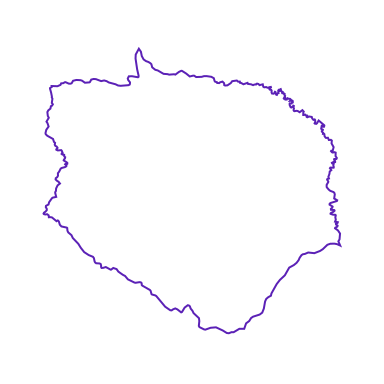 outline of San Pablo De Borbur, Boyacá, Colombia, rotated 97°
{"feature_id": "7082276B11762089183397", "entity_name": "San Pablo De Borbur", "entity_type": "district", "adm_level": 2, "iso_a3": "COL", "parent_name": "Colombia", "parent_adm1": "Boyacá", "projection": "mercator", "projection_center": [-74.122, 5.678], "detail": "fine", "context": "isolated", "style": "outline", "palette": "violet", "viewbox_px": 384, "rotation_deg": 97, "n_neighbors": 0, "source": "geoboundaries", "source_scale": "gbopen_adm2", "svg_char_len": 5847}
<svg xmlns="http://www.w3.org/2000/svg" viewBox="0 0 384 384"><g transform="rotate(97 192 192)"><path d="M286.5,245.0L288.9,238.1L289.0,237.0L287.9,233.2L287.9,231.8L288.6,230.9L290.5,230.5L291.0,229.9L294.4,221.8L295.2,221.0L298.2,219.8L298.6,219.3L299.1,215.9L299.6,214.8L309.1,204.7L312.0,199.2L312.0,197.8L310.7,196.4L309.6,194.4L310.3,192.2L312.8,188.1L312.3,187.3L307.6,185.2L304.9,182.4L305.0,181.3L305.7,180.2L307.9,179.1L309.8,177.1L312.0,175.7L316.4,169.7L319.3,169.0L324.1,168.9L324.8,168.4L325.2,168.1L326.9,163.3L327.0,162.0L324.5,157.0L323.4,151.7L325.7,144.6L327.7,140.3L327.7,138.2L326.3,135.7L326.1,133.6L322.0,128.3L321.4,123.5L315.8,122.3L313.1,119.5L309.9,118.0L308.3,116.2L305.4,109.9L303.2,107.6L299.0,106.5L291.7,106.1L289.1,105.3L287.1,103.5L285.3,101.0L283.0,100.8L273.0,96.7L268.5,94.0L263.4,89.7L255.2,86.3L252.1,82.0L249.6,79.6L246.7,77.9L244.1,77.1L241.3,75.6L240.3,74.4L239.7,72.4L237.9,69.3L237.8,63.1L234.9,57.7L232.8,55.2L227.9,51.2L226.5,48.4L225.9,44.3L226.1,41.6L227.1,38.4L223.1,40.7L221.0,39.8L215.2,40.0L212.3,42.5L210.6,45.6L210.0,45.5L208.7,43.6L208.1,43.4L207.6,43.4L206.7,45.1L205.9,45.3L205.0,43.8L204.2,43.6L204.0,46.4L202.0,45.9L199.4,46.7L198.0,46.4L197.2,46.8L197.3,49.6L196.8,51.8L196.4,51.9L195.8,51.4L194.6,49.5L193.4,48.3L192.9,48.3L192.6,48.6L192.7,51.9L191.8,52.1L190.3,50.8L189.3,50.7L187.8,53.9L187.1,54.0L186.1,53.3L183.3,47.1L182.5,46.9L181.1,50.1L176.9,50.0L175.4,50.7L174.8,51.6L174.0,54.9L173.0,56.5L170.9,58.8L169.8,59.1L168.3,59.2L165.7,58.0L165.0,58.0L163.3,59.4L162.7,59.3L161.9,57.7L160.4,58.5L157.3,57.8L154.9,57.8L153.3,56.4L151.6,58.0L150.9,57.6L150.7,54.9L150.6,54.4L150.0,54.3L148.3,55.0L147.0,54.8L146.5,56.4L146.0,56.7L144.7,54.9L145.1,54.0L144.9,53.6L143.9,53.7L142.6,54.9L141.9,54.8L141.6,52.7L140.6,52.4L138.9,53.9L135.4,54.2L135.1,55.5L135.7,57.1L135.5,57.9L134.5,59.0L134.1,58.8L133.9,57.4L130.2,56.9L126.8,59.4L123.9,59.5L123.3,60.5L123.7,62.5L121.6,63.7L122.0,65.6L121.6,66.2L120.5,67.2L118.4,67.7L118.1,68.1L118.3,69.1L117.2,69.1L116.3,70.4L115.8,70.6L114.6,69.7L114.2,69.7L113.7,71.3L113.4,71.5L110.4,71.3L110.3,71.0L111.2,69.9L111.2,69.0L110.1,68.7L109.6,68.9L105.6,75.0L108.5,76.3L109.2,76.9L109.2,78.3L108.9,78.7L107.4,78.2L105.5,78.6L105.0,79.1L105.6,80.3L104.3,81.7L102.9,82.3L102.8,84.9L103.8,86.7L103.6,87.1L102.5,86.7L102.1,87.0L102.3,88.1L101.4,88.9L101.4,89.3L102.0,90.3L102.0,91.0L99.4,91.2L98.6,90.9L97.3,92.4L99.7,94.9L98.7,97.0L98.7,98.3L99.3,100.1L99.1,100.7L98.3,101.2L96.6,101.0L95.7,101.6L94.2,101.4L94.0,101.9L96.0,103.5L95.9,104.4L93.9,105.6L92.6,105.9L92.1,105.8L92.0,103.9L91.1,103.7L90.8,102.9L89.4,103.1L89.1,103.5L89.6,105.9L88.9,105.5L88.6,104.7L87.6,106.0L87.7,107.3L87.3,108.7L88.7,109.2L88.9,110.5L87.5,110.9L88.3,111.9L88.0,112.3L85.2,111.3L84.1,112.3L83.4,112.0L82.8,113.0L83.0,114.4L82.7,114.7L81.7,114.2L81.1,115.6L79.0,116.5L79.2,116.9L81.0,117.2L81.1,117.5L80.2,118.4L80.7,118.8L83.3,118.2L83.6,119.1L85.3,119.6L85.2,120.2L84.4,120.8L82.5,121.4L82.4,121.9L84.0,122.4L84.5,123.0L84.5,124.6L83.4,125.2L81.6,125.3L81.0,125.8L80.9,127.3L80.3,127.8L79.5,127.7L78.6,126.4L78.1,126.6L78.6,128.2L79.2,128.8L79.3,129.9L78.8,131.1L79.3,133.1L78.8,134.1L76.5,134.9L77.7,138.0L76.7,139.2L76.5,140.7L76.9,141.3L77.4,141.4L77.8,143.3L78.5,144.4L77.9,146.5L77.9,149.6L76.9,150.2L78.8,154.1L77.8,156.5L77.8,157.6L76.6,158.0L76.9,159.6L75.9,161.1L77.1,165.6L79.2,166.8L81.8,169.8L82.3,172.1L82.0,173.0L80.1,173.4L78.7,175.2L79.7,177.5L80.6,178.3L80.7,180.3L80.0,180.6L79.7,182.5L78.9,183.2L76.4,184.2L75.3,186.9L75.2,191.7L75.5,194.1L76.5,196.4L77.4,201.9L76.3,204.0L76.4,205.1L77.6,208.3L75.1,212.3L73.0,216.7L73.0,217.4L74.4,219.6L77.5,222.8L77.3,224.1L78.3,229.0L78.0,230.6L78.2,234.6L75.5,240.9L75.2,243.3L73.1,246.7L70.1,247.9L69.3,248.9L68.3,251.0L67.7,253.6L66.3,256.2L63.2,258.4L59.0,259.8L56.3,262.2L62.4,264.6L66.4,264.3L76.9,261.4L83.0,259.2L84.2,259.1L84.7,259.6L84.4,265.7L84.9,268.8L87.2,269.6L88.6,269.0L90.7,266.9L91.7,266.8L92.9,266.9L93.7,268.0L95.3,275.8L95.3,278.4L94.4,281.0L93.4,288.0L92.4,290.2L92.0,292.8L93.0,295.7L91.7,301.1L91.8,303.4L92.7,305.7L95.3,306.7L95.7,307.2L96.6,311.6L94.9,314.7L94.6,316.3L94.9,320.5L96.1,323.6L98.7,324.7L99.3,325.7L99.5,327.3L98.4,330.9L98.5,331.5L99.7,333.1L100.1,335.1L101.7,335.6L103.4,338.4L103.9,344.2L104.7,343.9L106.2,345.6L106.8,345.5L110.4,344.0L114.3,342.7L115.2,342.7L116.4,341.9L120.7,342.0L121.9,340.8L123.3,341.4L124.0,342.5L126.5,342.7L128.5,344.6L130.3,345.3L134.0,344.4L135.8,343.2L139.9,345.0L141.3,343.8L144.5,342.3L148.0,344.2L151.4,344.6L152.5,344.2L153.8,342.5L156.3,336.4L159.1,335.1L159.9,333.9L161.8,334.0L162.4,333.6L162.9,333.2L163.3,332.0L164.4,330.9L164.9,330.9L166.2,331.9L166.6,331.8L167.1,330.3L166.4,326.9L166.9,326.3L168.9,325.2L169.2,325.8L170.1,326.1L170.7,325.1L170.7,323.4L172.3,323.1L172.9,322.1L174.1,322.2L175.6,323.1L176.3,323.2L177.8,320.0L178.3,319.3L179.2,319.2L179.5,319.5L179.6,321.1L180.0,321.3L180.8,319.9L181.8,319.9L182.8,321.2L184.0,324.2L184.8,325.2L188.1,326.4L189.7,327.4L192.2,327.0L193.7,327.6L194.9,328.9L196.2,328.9L197.5,327.1L198.1,325.7L199.7,324.1L201.8,326.2L205.0,327.3L207.6,327.2L208.7,327.7L209.5,327.7L213.4,326.2L214.6,329.6L215.3,330.3L219.6,332.6L221.9,332.9L223.5,335.2L224.8,335.3L226.6,334.0L227.9,334.0L229.4,335.1L230.6,336.4L231.6,336.7L232.0,336.3L232.2,334.9L231.7,333.0L232.7,331.4L234.5,331.0L234.2,329.2L234.3,327.9L237.5,322.9L236.6,321.9L236.7,321.4L237.6,320.5L240.6,319.2L242.1,317.4L242.6,312.0L242.9,311.5L245.6,310.9L247.2,309.9L249.5,306.4L252.2,304.7L257.3,298.5L260.8,295.7L264.8,291.7L267.2,286.8L268.4,282.4L269.6,281.3L272.8,280.2L273.7,279.6L274.4,278.5L274.2,275.0L274.6,273.9L275.9,273.3L277.5,273.1L278.4,272.5L278.1,270.9L277.0,268.4L279.0,263.3L278.9,262.8L277.0,260.9L277.7,257.5L280.0,255.4L282.6,250.6L283.5,248.2L286.5,245.0Z" fill="none" stroke="#5b21b6" stroke-width="2"/></g></svg>